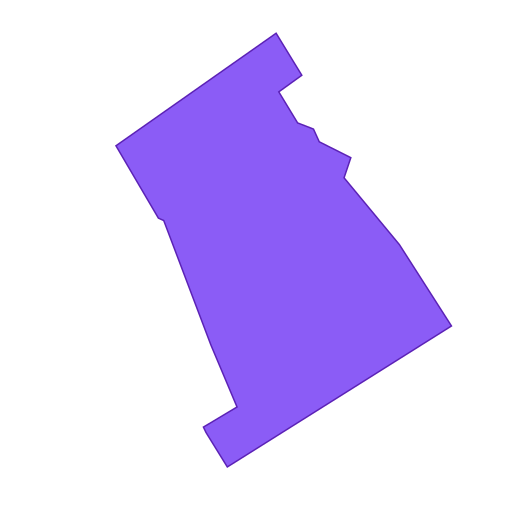 Madison, Ohio, United States of America (Natural Earth projection), rotated 324°
{"feature_id": "52423323B7238246753004", "entity_name": "Madison", "entity_type": "district", "adm_level": 2, "iso_a3": "USA", "parent_name": "United States of America", "parent_adm1": "Ohio", "projection": "natural_earth1", "projection_center": [-83.395, 39.903], "detail": "fine", "context": "isolated", "style": "filled", "palette": "violet", "viewbox_px": 512, "rotation_deg": 324, "n_neighbors": 0, "source": "geoboundaries", "source_scale": "gbopen_adm2", "svg_char_len": 409}
<svg xmlns="http://www.w3.org/2000/svg" viewBox="0 0 512 512"><g transform="rotate(324 256 256)"><path d="M108.8,409.8L373.0,427.5L378.7,331.0L373.2,244.5L390.5,232.2L374.3,200.8L377.1,187.1L367.9,172.8L370.9,136.6L399.3,136.7L400.4,122.6L403.2,87.6L207.5,84.5L199.3,168.0L202.2,173.1L167.2,301.5L151.9,367.0L112.9,363.5L111.8,369.4L108.8,409.8Z" fill="#8b5cf6" stroke="#5b21b6" stroke-width="1.5"/></g></svg>